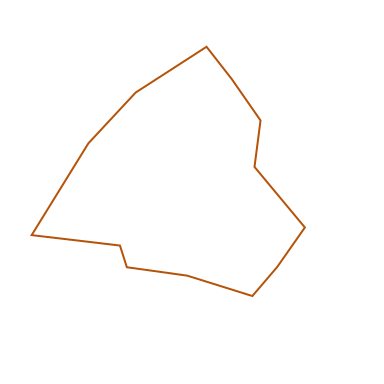 the border of Trinity Palmetto Point, rotated 125°
{"feature_id": "KNA-5112", "entity_name": "Trinity Palmetto Point", "entity_type": "Parish", "adm_level": 1, "iso_a3": "KNA", "parent_name": "Saint Kitts and Nevis", "parent_adm1": "", "projection": "orthographic", "projection_center": [-62.746, 17.311], "detail": "fine", "context": "isolated", "style": "outline", "palette": "amber", "viewbox_px": 384, "rotation_deg": 125, "n_neighbors": 0, "source": "natural_earth", "source_scale": "10m", "svg_char_len": 328}
<svg xmlns="http://www.w3.org/2000/svg" viewBox="0 0 384 384"><g transform="rotate(125 192 192)"><path d="M319.3,298.6L211.5,304.8L142.8,295.2L64.7,263.4L76.8,223.9L94.1,176.9L135.6,155.2L156.3,79.2L204.6,79.2L242.6,82.9L263.3,148.0L291.0,202.2L277.2,220.3L319.3,298.6Z" fill="none" stroke="#b45309" stroke-width="2"/></g></svg>